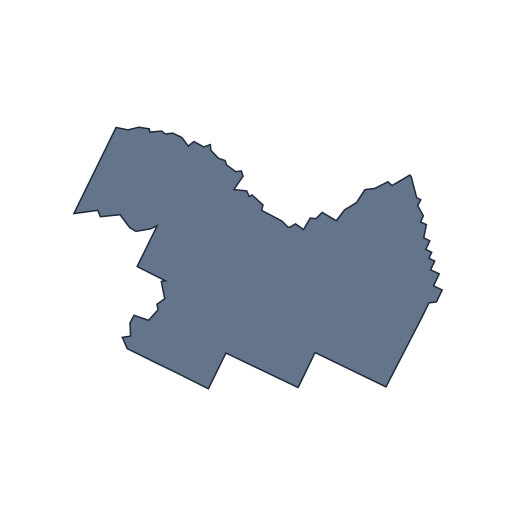 outline of Natchitoches, Louisiana, United States of America, rotated 296°
{"feature_id": "52423323B30463798503843", "entity_name": "Natchitoches", "entity_type": "district", "adm_level": 2, "iso_a3": "USA", "parent_name": "United States of America", "parent_adm1": "Louisiana", "projection": "mercator", "projection_center": [-93.012, 31.748], "detail": "fine", "context": "isolated", "style": "filled", "palette": "slate", "viewbox_px": 512, "rotation_deg": 296, "n_neighbors": 0, "source": "geoboundaries", "source_scale": "gbopen_adm2", "svg_char_len": 1256}
<svg xmlns="http://www.w3.org/2000/svg" viewBox="0 0 512 512"><g transform="rotate(296 256 256)"><path d="M310.2,73.9L214.3,73.7L227.7,93.8L223.1,98.9L233.5,115.7L226.1,130.2L225.5,137.2L234.0,149.1L239.8,153.9L194.4,153.8L194.0,185.4L191.7,182.0L177.5,192.7L169.2,188.1L164.8,191.6L151.1,187.6L149.2,172.3L140.5,172.1L129.0,178.4L124.3,171.5L116.3,180.8L116.1,211.9L116.2,238.4L116.0,250.0L115.8,271.4L155.6,271.5L156.2,351.5L195.1,351.4L195.3,430.2L274.1,432.0L289.7,432.0L293.8,438.3L307.1,438.2L307.0,428.7L320.3,428.5L320.1,419.0L329.8,418.9L329.7,412.4L336.3,412.3L336.3,405.6L345.8,405.6L345.9,398.8L358.9,395.4L358.7,389.1L365.5,388.8L372.1,379.2L378.8,379.5L378.8,374.9L395.3,360.8L396.2,358.8L378.9,347.3L380.6,342.1L368.8,333.1L363.4,324.8L348.1,322.9L336.3,315.4L322.9,312.7L324.2,296.4L315.8,293.5L313.9,288.1L300.6,287.1L302.2,277.4L296.9,273.9L295.9,272.1L298.8,263.9L299.5,241.0L305.0,239.9L309.1,225.7L306.5,223.9L310.4,219.1L306.0,207.0L322.1,209.4L326.0,205.5L322.9,200.9L324.9,189.8L328.2,186.4L327.4,179.2L331.2,169.1L336.1,166.1L331.1,161.2L331.7,150.0L325.1,146.9L330.0,137.5L329.9,127.2L325.9,121.0L326.9,116.4L320.8,106.3L323.5,104.3L320.4,94.3L313.2,85.6L310.2,73.9Z" fill="#64748b" stroke="#1e293b" stroke-width="1.5"/></g></svg>